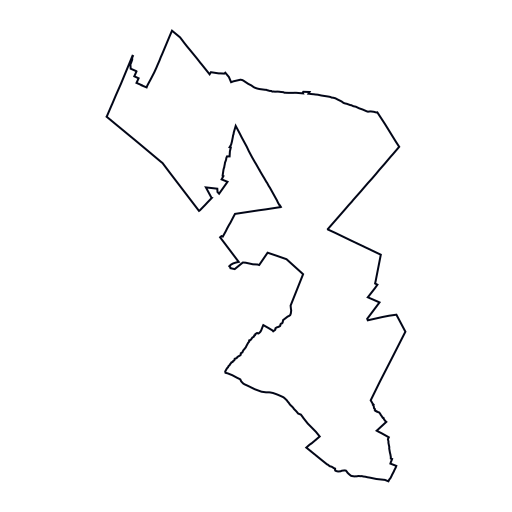 the district of Mazapiltepec de Juárez, Puebla, Mexico
{"feature_id": "50627088B71647640218880", "entity_name": "Mazapiltepec de Juárez", "entity_type": "district", "adm_level": 2, "iso_a3": "MEX", "parent_name": "Mexico", "parent_adm1": "Puebla", "projection": "mercator", "projection_center": [-97.694, 19.145], "detail": "fine", "context": "isolated", "style": "outline", "palette": "ink", "viewbox_px": 512, "rotation_deg": 0, "n_neighbors": 0, "source": "geoboundaries", "source_scale": "gbopen_adm2", "svg_char_len": 5972}
<svg xmlns="http://www.w3.org/2000/svg" viewBox="0 0 512 512"><path d="M309.5,92.0L303.3,91.8L302.7,92.7L303.0,93.4L296.2,92.8L289.1,92.9L284.4,92.7L283.4,92.2L280.3,91.9L279.1,91.7L277.3,91.6L275.1,91.7L273.4,91.5L272.6,91.6L272.2,91.5L271.9,91.4L271.3,91.0L269.7,90.9L269.2,90.8L267.8,90.3L267.3,90.3L266.6,89.9L266.0,89.8L265.2,89.8L259.9,89.1L258.8,88.9L257.1,88.5L255.1,87.8L253.8,87.2L251.3,85.4L248.3,83.9L243.5,80.7L242.4,80.1L240.5,79.7L233.5,81.3L231.1,82.2L228.9,77.0L225.3,72.7L224.3,73.6L220.6,73.4L218.7,73.4L210.9,72.2L209.6,74.3L201.1,63.7L200.7,63.3L196.9,58.4L191.4,51.7L187.0,46.4L184.4,43.1L180.1,37.4L172.0,30.7L169.8,35.8L162.2,54.0L160.8,57.1L159.5,60.5L157.4,65.3L156.4,67.7L154.2,72.5L151.2,78.3L150.2,80.2L149.1,82.2L147.3,85.6L146.6,87.4L141.7,85.4L141.8,85.2L136.5,82.9L138.6,78.3L134.3,76.3L136.5,71.4L136.4,71.2L130.7,68.7L130.4,64.4L131.1,62.8L132.2,59.7L132.2,58.8L132.1,57.9L132.9,56.0L132.5,55.8L120.9,83.9L115.9,95.2L111.9,104.7L111.8,104.8L107.0,116.0L106.6,116.7L138.6,143.1L160.7,161.6L162.5,163.0L169.5,172.3L199.0,210.9L200.0,210.2L203.6,206.5L204.9,205.2L207.4,202.5L210.0,199.8L211.8,197.9L211.5,197.8L205.9,187.4L217.3,188.7L217.5,192.0L219.1,193.7L226.9,182.7L227.5,181.8L221.6,179.4L223.4,176.1L222.6,175.7L223.5,169.6L223.9,168.1L224.2,167.4L224.3,166.6L224.6,165.0L224.8,164.1L225.0,162.6L225.6,161.1L226.1,159.6L226.3,158.1L227.0,156.4L229.6,156.4L229.9,151.3L230.8,147.5L229.6,147.2L231.1,144.7L231.9,141.7L232.8,137.2L233.1,135.3L233.5,134.3L233.8,132.4L235.7,125.9L240.0,134.0L241.7,137.4L246.8,146.8L248.8,151.1L252.1,157.3L254.9,162.2L255.9,163.8L258.1,167.7L259.4,170.0L259.5,170.0L259.9,170.9L262.9,176.0L264.2,178.1L265.5,180.4L266.5,182.1L267.0,182.7L268.7,185.9L269.9,187.7L276.1,198.9L276.8,200.1L278.0,202.7L279.4,205.1L279.7,205.1L280.9,207.0L280.7,207.1L278.5,207.4L265.6,209.4L258.8,210.3L235.0,213.9L233.6,216.5L230.3,222.9L229.0,225.0L227.1,228.5L225.8,231.2L222.8,236.6L221.5,236.1L220.1,237.3L238.7,261.9L235.7,262.6L233.0,263.5L230.9,264.7L229.3,266.2L230.4,267.5L230.5,268.2L234.7,269.1L239.4,265.3L240.7,264.2L242.9,262.5L245.6,262.7L251.6,264.0L252.4,264.2L253.0,264.3L257.4,264.5L259.2,265.0L267.6,252.7L276.5,255.7L282.5,257.8L286.5,259.2L303.1,274.2L290.6,305.6L290.9,308.6L291.2,310.5L290.8,313.5L290.2,315.1L289.1,315.9L287.6,316.6L283.1,320.1L283.0,320.9L282.8,321.3L282.8,321.8L282.5,322.8L281.9,323.4L281.3,323.5L280.6,324.1L280.4,324.5L280.4,324.9L280.3,325.6L280.0,326.1L279.4,326.3L279.3,326.5L278.2,327.0L277.2,327.2L275.6,328.1L275.4,328.4L275.4,329.0L275.3,329.6L275.0,330.0L274.8,330.1L274.6,330.3L274.0,330.7L273.2,331.3L272.4,330.4L268.6,328.1L263.3,325.1L263.1,325.5L261.3,330.1L260.7,331.3L260.2,332.0L258.9,333.2L258.4,333.5L257.9,333.4L257.2,333.0L256.6,333.2L256.2,333.6L255.8,333.8L255.4,334.0L255.1,335.0L254.9,335.3L254.3,335.4L254.1,335.9L253.9,336.5L253.6,336.9L252.4,337.5L251.1,339.4L250.5,340.0L250.1,340.2L249.6,340.2L249.2,340.4L249.3,340.7L249.3,341.2L249.1,341.7L248.2,342.7L246.5,345.8L245.7,347.5L245.3,347.9L244.4,349.1L243.9,349.6L243.2,350.5L242.7,351.6L242.4,352.4L241.2,353.0L240.8,353.3L240.8,354.2L240.6,355.0L240.1,355.4L238.2,356.5L237.4,357.0L237.0,357.7L236.7,358.0L236.0,358.4L235.4,358.5L234.9,358.7L234.6,359.0L234.6,359.6L234.3,360.3L233.0,361.2L232.5,362.1L231.5,362.3L230.8,363.4L230.3,363.9L229.9,364.6L229.5,365.3L228.9,365.7L228.4,366.3L228.0,367.3L226.9,368.4L225.2,371.5L225.5,372.8L227.8,373.4L232.3,375.2L237.1,377.8L239.6,379.0L240.3,379.4L241.2,381.4L243.2,383.5L244.5,384.3L247.6,385.7L254.7,389.2L261.5,391.7L265.8,392.3L266.1,392.3L266.3,392.3L268.3,392.3L269.9,392.4L270.5,392.5L273.0,393.0L276.4,394.2L278.4,395.0L281.8,396.5L283.5,397.3L284.8,398.4L286.9,400.4L287.6,401.5L288.7,402.7L289.9,404.5L291.2,405.8L292.1,406.6L293.2,407.8L294.0,409.0L295.3,410.3L296.3,411.3L298.2,413.6L300.9,414.6L303.2,417.7L303.2,417.8L307.0,422.6L307.7,423.5L315.9,431.8L319.7,436.5L311.2,443.7L310.9,443.7L309.1,445.1L306.3,447.6L322.1,460.4L327.1,464.4L327.9,464.7L329.7,466.2L331.6,466.7L333.0,467.5L333.6,468.1L334.5,468.3L335.1,468.6L335.2,469.0L335.0,469.7L335.1,470.2L335.4,470.7L336.4,471.1L338.1,471.5L340.5,471.3L341.9,470.7L344.6,470.4L345.9,470.6L346.7,471.5L347.5,472.7L348.6,473.8L350.0,475.0L351.2,475.9L354.3,476.4L356.8,476.3L358.5,476.0L360.7,476.2L361.8,476.1L363.3,476.5L365.2,476.7L367.7,477.3L369.7,477.6L376.4,479.0L384.9,479.9L388.4,481.3L389.2,479.7L389.5,479.2L390.1,478.6L390.4,478.2L391.4,476.3L392.2,474.5L392.6,473.8L393.8,471.5L394.4,470.1L395.8,467.4L396.3,465.9L390.4,463.6L390.9,462.0L391.5,460.6L392.1,459.0L390.8,458.5L390.8,456.8L390.4,454.5L389.9,452.5L389.2,448.4L389.3,447.1L388.4,442.7L388.5,442.0L388.4,441.2L387.9,439.2L388.8,437.3L386.7,436.1L381.5,433.2L378.5,431.7L376.7,430.7L386.3,421.9L385.3,421.0L384.6,420.1L384.0,419.3L383.5,417.9L382.8,417.9L381.6,416.0L380.7,414.8L380.2,413.8L379.8,413.3L379.3,412.6L378.8,412.3L378.0,412.1L377.6,411.9L377.1,411.8L377.0,411.5L375.7,411.1L375.8,410.8L374.8,410.1L374.9,409.1L374.0,408.1L373.8,406.5L373.5,405.6L373.0,405.0L373.5,404.6L372.7,403.7L372.5,403.4L370.7,400.3L379.9,381.6L391.6,358.8L405.4,331.7L396.4,314.7L389.2,315.7L382.5,317.0L367.8,320.3L367.2,318.8L379.5,302.4L367.8,297.3L375.0,288.1L377.4,284.7L375.1,283.5L375.7,280.8L380.8,254.7L351.6,240.8L335.3,232.9L327.9,229.5L327.8,229.1L344.5,210.0L348.7,205.1L352.0,201.5L352.9,200.3L355.1,197.8L361.4,190.7L362.4,189.5L367.7,183.3L371.9,178.7L376.1,173.8L379.2,170.0L384.5,164.0L390.8,156.5L392.8,154.3L398.0,148.2L399.2,146.8L395.8,141.6L385.0,124.1L377.3,112.3L376.5,112.5L375.2,112.2L373.9,111.8L370.7,111.4L369.3,111.5L368.0,111.7L366.7,111.3L362.6,109.5L359.1,108.3L355.8,106.7L353.3,106.2L351.3,105.2L350.3,105.1L346.8,103.8L344.9,103.4L343.5,102.9L341.8,101.6L340.7,101.0L337.8,99.6L335.4,98.3L333.1,97.7L331.7,97.6L330.4,97.0L329.6,96.8L327.9,96.5L321.3,95.5L317.8,94.7L315.3,94.5L314.1,94.3L310.9,94.0L309.7,93.8L308.5,93.7L309.5,92.0Z" fill="none" stroke="#020617" stroke-width="2"/></svg>